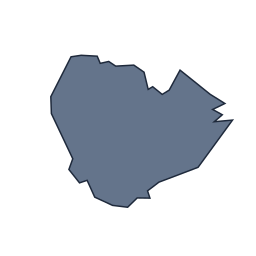 Menifee, Kentucky, United States of America, rotated 31°
{"feature_id": "52423323B19436754719292", "entity_name": "Menifee", "entity_type": "district", "adm_level": 2, "iso_a3": "USA", "parent_name": "United States of America", "parent_adm1": "Kentucky", "projection": "mercator", "projection_center": [-83.6, 37.939], "detail": "fine", "context": "isolated", "style": "filled", "palette": "slate", "viewbox_px": 256, "rotation_deg": 31, "n_neighbors": 0, "source": "geoboundaries", "source_scale": "gbopen_adm2", "svg_char_len": 547}
<svg xmlns="http://www.w3.org/2000/svg" viewBox="0 0 256 256"><g transform="rotate(31 128 128)"><path d="M50.4,89.8L42.5,96.3L45.7,140.9L54.9,155.1L96.5,182.8L98.7,194.0L114.7,200.0L119.9,193.9L135.1,204.4L154.6,202.3L168.5,196.1L171.9,183.2L182.9,176.8L177.1,171.8L182.4,158.5L208.3,125.6L213.5,67.4L198.7,78.2L202.0,68.1L191.0,68.5L198.4,57.1L181.0,56.8L142.8,51.6L143.8,74.3L140.0,81.6L127.9,79.9L125.4,84.5L113.0,71.9L100.6,71.1L85.6,81.3L77.2,80.9L70.9,86.9L64.6,82.3L50.4,89.8Z" fill="#64748b" stroke="#1e293b" stroke-width="1.5"/></g></svg>